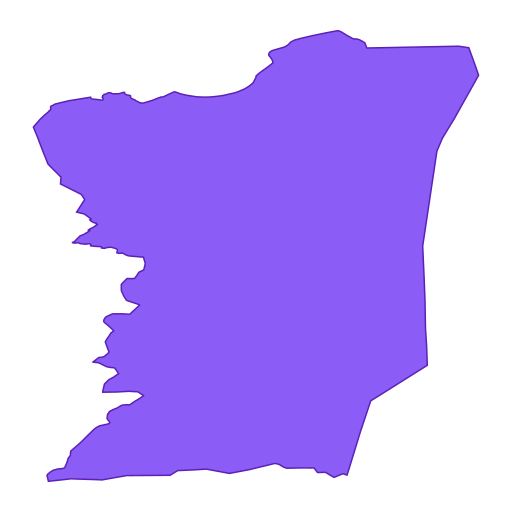 Hattfjelldal nor, Nordland, Norway
{"feature_id": "86288312B94479588968211", "entity_name": "Hattfjelldal nor", "entity_type": "district", "adm_level": 2, "iso_a3": "NOR", "parent_name": "Norway", "parent_adm1": "Nordland", "projection": "robinson", "projection_center": [13.925, 65.5], "detail": "fine", "context": "isolated", "style": "filled", "palette": "violet", "viewbox_px": 512, "rotation_deg": 0, "n_neighbors": 0, "source": "geoboundaries", "source_scale": "gbopen_adm2", "svg_char_len": 5727}
<svg xmlns="http://www.w3.org/2000/svg" viewBox="0 0 512 512"><path d="M40.6,118.9L39.7,119.7L37.0,122.9L36.2,123.8L33.5,126.9L33.4,127.2L37.5,137.1L39.0,141.1L39.3,142.1L39.8,143.2L41.5,147.7L42.8,151.0L43.6,153.1L43.7,153.5L44.1,154.3L46.6,160.5L47.7,163.5L48.3,164.4L49.9,166.0L50.6,166.8L52.2,168.3L54.3,170.5L55.1,171.2L60.1,176.3L61.0,177.0L60.5,184.0L74.7,191.1L81.3,194.4L84.7,199.5L76.6,212.1L84.3,214.0L91.1,219.0L89.8,219.9L91.1,221.2L92.7,222.0L92.9,222.1L93.2,222.4L93.7,222.5L94.2,222.8L94.9,222.8L95.3,223.1L96.2,223.2L96.4,223.6L96.3,223.8L96.9,224.0L96.9,224.3L97.2,224.6L96.9,224.8L96.5,225.2L96.4,225.3L95.8,225.5L95.3,225.8L94.9,226.2L93.2,227.3L92.6,227.7L92.3,227.8L90.6,228.6L90.1,228.9L89.7,229.1L89.3,229.3L89.2,229.5L88.4,230.0L88.9,230.4L89.8,230.5L89.8,230.8L88.4,231.2L88.3,231.3L88.1,231.8L87.7,232.1L83.2,234.7L80.2,235.8L79.8,236.1L79.4,236.5L78.4,237.6L77.5,238.5L76.7,239.1L75.5,240.5L74.3,241.6L73.1,242.2L72.5,242.4L72.5,242.7L72.8,242.8L73.7,242.9L74.5,243.1L75.5,243.1L76.0,242.9L76.5,242.9L77.2,242.7L77.8,242.8L78.6,242.9L79.5,243.4L81.2,243.8L83.6,243.9L84.8,244.2L86.6,244.1L88.2,243.8L89.5,243.7L89.7,243.9L90.6,244.3L90.9,244.6L90.9,245.0L91.0,245.3L90.7,245.8L92.0,246.1L92.8,246.0L93.5,246.2L93.9,246.2L94.4,246.4L95.0,246.3L97.2,246.5L97.5,246.4L100.1,246.7L101.1,246.7L101.5,247.0L101.9,247.4L101.6,248.0L102.2,248.1L104.2,248.3L105.2,248.2L106.0,247.8L106.9,247.6L108.8,247.4L110.8,247.2L111.7,247.4L113.4,247.9L114.4,248.1L116.8,249.1L117.2,249.6L117.4,250.1L117.4,250.6L117.3,251.1L116.9,252.2L116.8,252.7L117.3,252.8L118.0,253.2L119.0,253.4L122.6,253.0L124.3,254.1L125.2,254.5L126.1,255.0L128.2,255.8L131.7,256.2L136.6,256.6L143.5,257.2L144.2,259.9L145.3,263.4L144.4,267.3L143.7,269.9L139.3,272.0L138.8,272.4L136.8,275.5L135.4,277.4L135.0,278.1L134.4,278.4L133.8,278.5L131.5,278.6L127.6,278.5L126.7,278.8L122.0,283.6L121.3,284.5L121.3,289.7L121.5,291.1L123.8,296.1L125.5,298.8L126.2,300.0L127.4,300.7L139.1,304.6L139.6,305.0L133.6,310.7L132.6,311.5L130.1,314.0L129.5,314.2L121.7,313.8L113.4,313.8L111.8,314.1L106.2,316.7L105.4,317.4L104.0,319.6L103.8,320.4L103.7,321.1L104.0,321.9L104.4,322.5L106.5,324.1L109.5,326.8L113.6,330.7L113.6,331.0L111.6,332.5L110.9,332.9L109.3,335.6L107.5,338.1L105.4,341.5L105.3,342.0L107.6,348.4L108.7,351.2L108.9,351.7L108.8,352.2L107.7,353.7L104.3,356.4L103.6,356.8L101.3,357.3L99.3,357.4L98.6,357.6L97.5,358.5L93.0,362.0L93.4,362.2L98.7,362.8L106.6,366.7L110.7,367.5L114.2,367.8L114.7,368.1L115.9,369.6L117.5,372.1L118.6,373.6L118.2,374.0L117.1,374.6L113.8,377.0L108.8,379.7L104.6,383.9L104.4,384.2L103.9,386.4L102.8,391.0L102.7,391.9L102.7,392.2L116.8,392.0L128.6,391.3L137.6,391.8L138.2,392.0L141.4,394.2L143.6,395.5L143.4,395.8L143.0,396.1L138.1,399.4L135.5,400.9L133.0,402.5L129.6,404.9L126.7,404.7L122.4,405.1L121.9,405.2L120.2,406.1L117.1,408.0L112.7,409.7L111.2,410.6L110.6,410.8L109.1,411.9L108.4,413.6L107.7,414.0L107.4,415.4L107.0,418.5L107.6,419.5L109.3,421.6L109.8,422.6L109.3,423.2L108.3,423.9L99.7,425.8L98.2,426.5L95.7,428.0L94.3,429.1L92.5,430.8L88.6,434.6L86.8,436.4L84.6,438.5L83.5,439.7L80.1,443.0L70.7,451.1L70.3,455.5L68.1,458.4L67.2,461.7L66.6,463.3L64.6,467.8L64.2,468.0L62.0,468.6L58.1,468.9L53.4,470.2L52.4,470.7L50.4,472.0L48.0,473.9L47.2,474.9L47.0,475.8L47.4,477.0L48.4,481.3L69.4,479.0L70.3,478.8L74.0,478.9L76.0,479.0L95.3,479.6L102.1,479.9L117.3,477.2L124.4,476.0L126.2,475.6L170.0,475.3L177.7,470.6L193.5,469.9L206.2,469.1L229.4,473.4L249.5,469.6L257.6,467.6L266.0,465.6L274.5,463.5L277.1,463.8L278.3,464.2L279.5,464.6L281.2,465.7L283.2,466.9L286.7,468.2L302.1,467.9L314.1,468.0L317.3,472.3L318.1,472.6L319.2,472.5L325.5,472.3L328.2,474.0L334.0,477.4L342.9,473.7L347.0,475.1L349.6,467.0L360.3,432.1L370.7,400.9L427.3,365.3L426.6,345.7L425.5,328.5L425.0,301.1L424.2,279.6L422.7,246.0L436.9,151.2L442.4,138.2L454.1,119.0L478.6,75.3L475.7,66.7L468.8,47.7L458.6,46.2L366.8,48.0L364.9,42.9L364.5,42.6L364.0,42.3L363.8,42.1L363.2,41.9L363.1,41.7L362.6,41.4L361.9,41.1L361.6,40.9L360.8,40.6L360.0,40.0L358.7,39.5L356.6,39.0L355.8,38.9L355.1,39.0L354.3,38.9L353.2,38.7L352.2,38.4L351.8,38.0L351.6,38.0L350.8,37.6L350.6,37.3L348.9,36.5L348.3,36.1L347.5,35.8L346.4,35.0L340.9,31.7L339.2,31.0L338.3,30.8L337.7,30.7L336.9,30.8L327.3,32.6L313.1,35.5L300.3,38.5L296.3,39.6L295.1,39.9L294.1,40.3L290.7,42.1L288.8,44.1L287.9,44.9L286.2,46.1L285.6,46.4L283.6,47.3L282.8,47.5L274.4,49.9L272.8,50.4L271.0,51.2L269.6,52.2L269.0,53.4L268.8,53.7L268.7,54.2L268.7,55.0L269.0,55.7L270.3,57.2L271.2,58.4L272.3,60.3L272.9,62.2L272.9,62.9L267.3,67.3L263.9,69.7L259.3,73.1L258.3,74.0L256.6,75.4L256.2,75.9L256.0,76.3L256.0,77.3L253.0,83.0L252.3,83.6L248.8,86.3L244.8,88.8L238.8,91.4L235.8,92.5L234.4,92.9L224.4,95.2L221.1,95.8L215.3,96.5L211.4,96.9L206.7,97.1L203.4,97.1L196.6,96.8L186.3,95.2L180.4,93.8L175.8,92.1L175.2,91.9L174.4,91.9L173.6,92.0L163.8,96.6L162.5,97.0L161.1,97.0L160.6,97.1L160.5,97.3L160.2,97.4L159.2,97.6L152.2,100.4L143.5,103.0L142.8,103.1L140.6,102.9L139.2,102.4L137.2,101.3L136.0,100.8L135.6,100.6L135.1,100.0L131.6,98.5L131.1,98.1L130.7,97.7L130.4,97.1L130.5,96.9L130.6,96.2L130.5,95.8L130.1,95.5L129.5,95.3L127.2,95.0L126.0,94.5L125.1,94.1L124.9,94.0L124.5,93.1L124.6,92.4L122.9,92.4L122.3,92.8L121.7,92.9L119.7,93.5L118.7,93.7L113.6,93.8L113.2,94.0L112.4,93.8L111.5,93.1L111.2,93.0L109.3,92.7L108.4,92.8L107.4,93.1L106.3,93.9L104.1,94.4L103.8,94.9L102.7,95.6L102.8,96.1L102.2,97.1L102.2,97.3L103.2,98.3L102.9,99.5L102.7,100.1L102.1,100.2L97.5,99.5L92.0,99.0L91.2,98.5L90.9,98.0L90.6,97.2L68.5,100.8L55.3,104.0L54.4,104.4L53.0,105.3L51.6,105.8L50.9,106.3L50.7,106.7L50.6,108.1L50.8,109.3L50.7,109.6L49.1,110.9L47.9,112.3L44.4,115.2L40.9,118.5L40.6,118.9Z" fill="#8b5cf6" stroke="#5b21b6" stroke-width="1.5"/></svg>